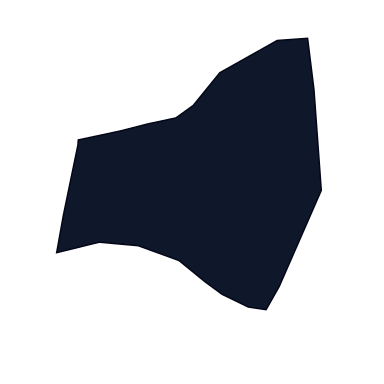 the district of 33, Ad Dawhah, Qatar, rotated 78°
{"feature_id": "91078587B4294922321935", "entity_name": "33", "entity_type": "district", "adm_level": 2, "iso_a3": "QAT", "parent_name": "Qatar", "parent_adm1": "Ad Dawhah", "projection": "albers", "projection_center": [51.491, 25.326], "detail": "fine", "context": "isolated", "style": "filled", "palette": "ink", "viewbox_px": 384, "rotation_deg": 78, "n_neighbors": 0, "source": "geoboundaries", "source_scale": "gbopen_adm2", "svg_char_len": 507}
<svg xmlns="http://www.w3.org/2000/svg" viewBox="0 0 384 384"><g transform="rotate(78 192 192)"><path d="M320.6,142.3L302.5,126.3L217.3,65.2L117.1,51.4L67.1,47.1L66.2,47.0L65.7,47.0L61.5,77.2L81.1,140.0L107.6,172.8L116.2,192.4L116.2,220.6L117.4,250.0L117.4,292.4L119.1,292.9L119.4,293.0L122.3,293.8L187.9,322.6L223.0,336.9L223.2,337.0L221.8,293.3L233.3,255.9L256.3,219.0L282.8,197.7L298.3,183.9L316.2,160.9L322.5,144.0L321.5,143.1L320.6,142.3Z" fill="#0f172a" stroke="#020617" stroke-width="1.5"/></g></svg>